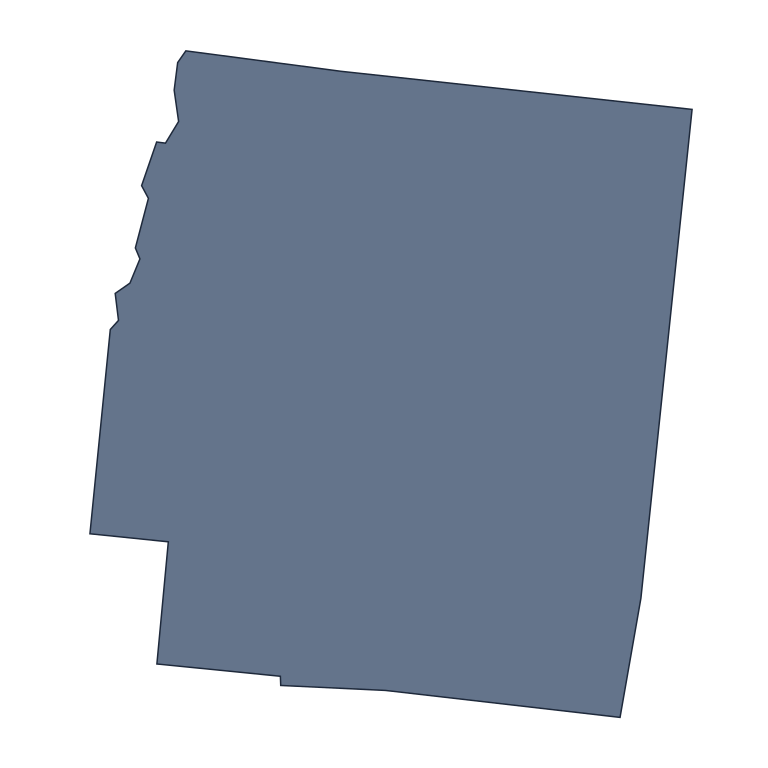 Crowley, Colorado, United States of America (Robinson projection), rotated 96°
{"feature_id": "52423323B77951538524866", "entity_name": "Crowley", "entity_type": "district", "adm_level": 2, "iso_a3": "USA", "parent_name": "United States of America", "parent_adm1": "Colorado", "projection": "robinson", "projection_center": [-103.821, 38.318], "detail": "fine", "context": "isolated", "style": "filled", "palette": "slate", "viewbox_px": 768, "rotation_deg": 96, "n_neighbors": 0, "source": "geoboundaries", "source_scale": "gbopen_adm2", "svg_char_len": 465}
<svg xmlns="http://www.w3.org/2000/svg" viewBox="0 0 768 768"><g transform="rotate(96 384 384)"><path d="M73.4,615.9L85.9,622.8L113.7,623.4L144.4,615.7L167.3,626.5L167.1,635.4L212.1,645.8L224.0,637.7L274.7,645.5L285.1,639.8L310.2,647.2L322.0,660.8L348.5,654.7L358.4,661.9L563.7,660.8L563.5,582.0L686.2,580.6L685.5,456.5L694.6,455.2L688.6,350.5L690.9,114.4L570.2,106.1L78.7,106.3L77.5,459.4L73.4,615.9Z" fill="#64748b" stroke="#1e293b" stroke-width="1.5"/></g></svg>